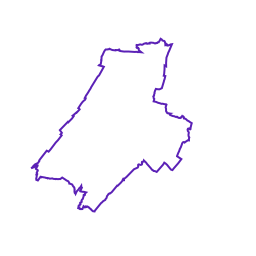 the district of Parincea, Bacau, Romania, rotated 303°
{"feature_id": "2599482B11069906328912", "entity_name": "Parincea", "entity_type": "district", "adm_level": 2, "iso_a3": "ROU", "parent_name": "Romania", "parent_adm1": "Bacau", "projection": "equal_earth", "projection_center": [27.112, 46.465], "detail": "fine", "context": "isolated", "style": "outline", "palette": "violet", "viewbox_px": 256, "rotation_deg": 303, "n_neighbors": 0, "source": "geoboundaries", "source_scale": "gbopen_adm2", "svg_char_len": 5671}
<svg xmlns="http://www.w3.org/2000/svg" viewBox="0 0 256 256"><g transform="rotate(303 128 128)"><path d="M161.2,181.0L161.9,180.5L164.6,179.5L166.8,178.8L166.7,176.4L166.8,175.8L166.8,174.9L166.6,173.6L167.0,172.0L166.9,170.6L166.5,169.8L167.0,169.4L166.9,169.3L167.5,168.8L167.7,168.4L167.8,167.6L166.5,167.0L166.6,166.9L165.8,166.9L165.3,166.7L165.4,166.4L164.9,166.2L164.6,165.8L164.4,165.7L164.1,165.0L164.1,164.3L163.9,163.7L164.1,163.6L164.2,163.2L163.9,162.8L163.8,162.5L163.6,162.4L163.3,162.0L163.0,160.2L162.6,159.5L162.2,158.3L162.3,157.6L161.8,156.4L162.4,155.2L162.5,155.1L163.0,155.4L162.7,154.8L162.6,154.2L162.3,154.1L161.9,153.0L162.1,152.1L162.6,151.6L162.7,151.0L163.2,150.5L164.8,149.5L165.8,148.3L168.6,147.5L168.6,146.9L168.0,146.0L167.3,144.0L166.5,142.8L166.1,141.2L165.5,139.4L165.2,137.4L164.3,135.0L166.7,134.2L167.0,133.3L167.3,133.0L168.1,132.5L168.2,132.1L168.8,132.0L169.4,132.2L170.2,131.7L171.8,131.3L172.0,131.0L172.5,130.8L173.9,130.4L176.0,130.1L176.4,131.2L177.4,133.1L177.7,133.4L179.8,134.7L186.7,132.7L187.3,132.4L188.8,132.1L191.9,131.0L191.3,129.5L193.0,128.9L196.7,126.9L200.4,124.6L200.5,126.4L203.5,124.4L208.0,121.9L211.9,121.1L212.7,120.8L215.1,120.5L222.2,119.2L221.2,118.1L219.4,117.1L218.9,116.6L218.6,116.2L218.1,114.4L217.8,114.2L218.0,114.0L218.9,113.7L219.4,113.3L219.5,113.5L219.6,112.6L220.2,112.2L220.7,111.3L220.7,110.8L220.4,110.2L220.1,109.2L220.6,108.2L220.6,106.8L218.4,107.0L216.6,107.0L216.1,106.3L215.2,106.2L214.7,105.3L214.1,105.2L213.4,104.1L213.4,103.3L213.2,102.8L212.1,100.7L211.1,99.6L210.8,99.6L210.5,100.0L210.2,99.6L209.8,98.9L209.2,98.4L209.0,97.9L209.3,98.0L209.1,97.0L207.4,95.5L206.4,95.1L205.4,94.4L204.7,92.6L203.7,91.8L202.5,90.5L202.3,90.0L202.0,90.1L200.9,91.3L200.5,91.2L200.2,91.3L200.1,91.6L200.2,91.8L200.1,92.1L200.8,92.9L200.5,93.3L200.4,93.8L199.3,94.4L199.2,94.7L199.1,94.8L198.8,98.0L197.7,95.9L196.9,94.8L196.7,94.1L196.3,93.3L195.5,92.3L192.2,86.4L190.1,83.3L189.3,81.7L188.3,79.5L188.4,79.2L188.6,78.9L188.7,78.3L189.0,77.9L188.7,77.6L188.1,77.8L188.1,77.3L187.7,76.9L186.7,75.2L186.3,75.3L186.0,74.7L184.9,72.5L184.6,71.1L184.4,69.3L184.2,69.2L183.9,69.4L182.7,67.9L182.4,67.7L181.8,66.6L180.6,66.3L178.8,66.4L174.9,67.0L173.6,66.9L171.4,68.2L170.5,68.6L170.3,68.5L170.2,68.6L170.2,68.9L167.7,69.9L167.1,70.3L166.4,70.3L165.9,70.2L165.3,69.6L164.7,69.5L165.1,70.8L165.6,72.5L165.9,72.9L166.2,74.4L156.3,75.1L155.1,74.7L154.0,74.6L142.0,74.9L140.9,75.1L137.8,75.1L136.5,75.2L133.4,75.2L132.5,75.1L131.0,75.3L129.6,75.4L129.8,76.3L129.5,76.3L129.2,76.5L128.2,76.6L127.3,76.2L125.2,75.7L122.8,75.5L117.6,75.5L117.7,76.4L117.3,77.3L113.1,76.6L113.2,76.4L108.2,74.9L108.3,76.0L105.6,75.9L100.2,74.8L100.4,74.2L89.1,72.0L87.9,75.2L85.9,74.9L85.9,75.4L85.7,76.4L79.6,75.9L76.4,75.3L67.8,74.7L64.9,74.3L64.9,73.8L64.7,72.2L54.4,71.3L52.8,71.2L51.7,71.4L51.7,71.6L50.1,71.6L49.4,71.4L47.0,69.9L44.5,69.3L43.3,69.4L42.5,69.0L41.5,68.8L45.0,71.2L46.9,71.7L47.4,72.6L47.1,72.8L46.1,72.7L45.5,72.9L43.6,72.9L43.5,73.2L43.5,75.2L43.1,75.6L41.0,75.7L40.8,75.8L40.6,76.2L39.2,76.5L39.5,77.1L38.3,77.4L37.9,77.7L35.5,78.6L35.3,78.7L35.2,79.1L34.6,79.4L34.9,81.0L39.5,81.2L39.7,81.7L39.2,81.8L39.3,82.1L39.9,82.3L41.3,85.5L41.4,86.2L42.1,87.5L41.9,87.8L41.9,88.0L42.6,88.6L42.8,89.3L42.9,90.0L44.5,92.0L44.7,93.1L45.2,94.0L45.7,95.1L45.9,95.1L46.1,95.3L46.6,96.5L47.1,97.2L47.5,97.9L48.0,98.4L48.3,99.0L50.6,99.8L50.6,103.5L50.5,105.0L50.8,106.8L50.7,107.3L50.3,107.9L49.8,109.2L49.5,109.2L50.1,111.2L50.2,112.1L49.7,112.8L49.4,113.4L49.1,114.1L49.2,114.4L49.1,114.6L48.5,115.8L47.7,116.2L47.6,116.6L47.0,117.0L46.5,117.1L46.1,117.5L45.7,117.6L44.6,118.6L44.5,118.8L44.6,119.3L44.2,119.9L46.9,119.5L49.7,120.0L50.9,119.9L51.9,120.3L54.0,120.3L53.1,121.0L52.9,121.8L50.0,122.2L49.1,122.1L48.9,122.4L49.0,122.8L49.8,124.7L50.5,125.9L51.2,128.0L50.0,127.7L49.4,127.7L49.1,127.8L48.5,128.3L48.2,128.1L47.8,127.3L47.5,127.3L46.9,127.9L46.6,128.0L46.0,128.1L44.3,128.6L43.5,128.7L43.1,128.5L41.9,128.5L41.3,128.9L41.0,129.3L40.6,129.4L39.5,128.7L39.3,129.1L39.1,129.2L38.1,129.1L37.9,129.7L37.0,129.5L36.3,129.0L36.1,128.9L33.9,129.8L34.5,130.5L33.9,130.6L34.0,131.1L33.8,131.3L33.8,131.6L33.9,132.1L34.3,132.4L34.6,132.8L34.6,133.1L35.2,133.9L38.3,133.3L38.3,133.5L37.9,134.7L37.9,135.1L38.7,135.3L39.0,136.0L39.4,135.7L39.5,136.0L39.9,136.3L40.1,136.8L40.1,138.8L39.8,139.2L39.8,140.4L39.6,140.8L39.7,141.3L39.2,142.4L39.3,143.1L39.1,143.9L39.8,145.4L40.2,145.3L41.1,145.3L50.4,146.3L51.4,146.7L53.1,147.0L55.3,148.1L55.9,147.9L57.7,148.1L59.3,147.5L60.6,147.6L62.1,147.6L63.1,148.1L63.1,148.5L65.3,149.3L73.8,150.3L73.9,150.8L78.4,151.8L81.5,152.1L81.5,152.5L82.0,153.1L82.4,152.8L82.3,151.7L83.0,151.7L83.1,152.1L83.9,152.7L86.1,153.4L96.7,155.5L100.1,157.7L101.2,157.6L102.5,156.6L102.9,156.6L103.4,156.9L103.9,158.7L104.3,159.1L105.0,159.5L105.7,159.3L106.8,158.3L107.1,158.2L107.3,158.2L107.7,158.5L108.0,159.0L108.4,159.5L108.6,159.5L109.4,159.1L108.8,162.2L108.3,163.2L106.8,168.7L106.0,171.1L106.2,171.5L105.9,172.8L106.5,174.0L106.8,176.0L116.5,177.4L118.7,177.3L118.7,178.8L118.4,180.8L117.1,184.7L116.6,186.4L116.5,186.8L116.9,188.2L119.3,188.4L125.6,189.3L131.0,189.7L131.0,184.5L131.2,184.4L134.6,183.7L136.5,183.5L137.4,183.2L138.3,183.1L138.5,182.9L140.5,182.8L144.0,182.0L144.5,181.8L145.8,181.8L146.7,182.5L146.6,183.4L147.8,183.8L149.6,184.6L150.2,184.8L150.8,185.9L151.8,185.2L152.5,184.9L153.0,184.6L153.4,184.6L153.5,184.5L154.0,183.5L154.3,183.1L155.6,182.2L157.2,181.6L157.7,180.9L158.1,179.8L159.2,178.8L160.0,178.7L160.3,179.3L160.8,179.3L161.0,179.5L160.9,179.8L160.7,180.0L160.6,180.3L160.6,180.8L161.2,181.0Z" fill="none" stroke="#5b21b6" stroke-width="2"/></g></svg>